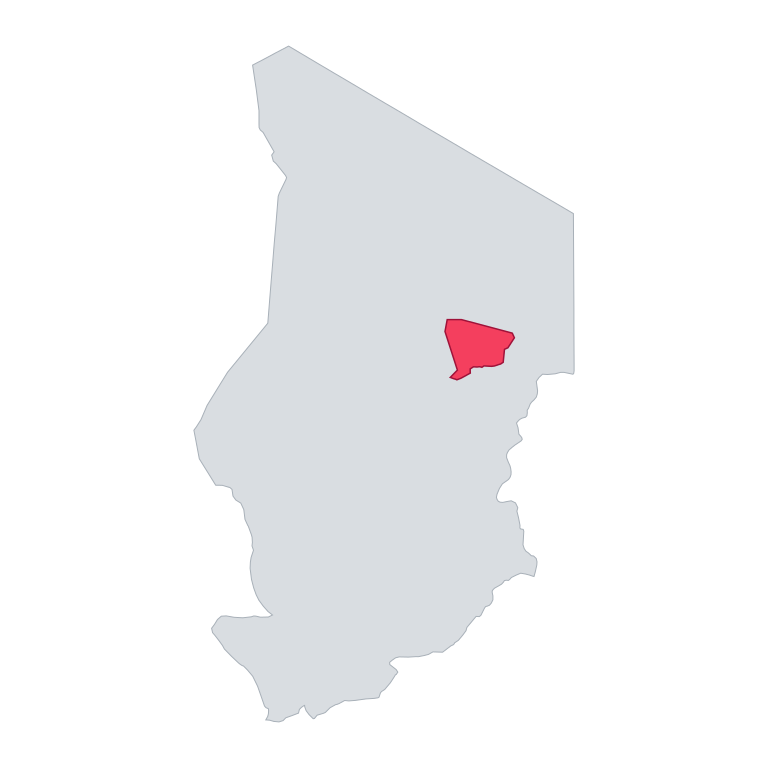 Mourtcha, Ennedi, Chad shown in context
{"feature_id": "50815135B12013942151217", "entity_name": "Mourtcha", "entity_type": "district", "adm_level": 2, "iso_a3": "TCD", "parent_name": "Chad", "parent_adm1": "Ennedi", "projection": "natural_earth1", "projection_center": [21.235, 16.282], "detail": "fine", "context": "in_parent", "style": "filled", "palette": "rose", "viewbox_px": 768, "rotation_deg": 0, "n_neighbors": 0, "source": "geoboundaries", "source_scale": "gbopen_adm2", "svg_char_len": 4240}
<svg xmlns="http://www.w3.org/2000/svg" viewBox="0 0 768 768"><path d="M573.4,213.6L573.5,232.5L573.6,251.4L573.7,270.3L573.8,289.1L573.9,308.0L573.9,326.9L574.0,345.8L574.1,364.7L574.1,370.9L573.7,373.4L573.5,373.8L572.8,374.2L564.2,372.4L560.5,372.4L555.2,373.8L547.5,374.5L542.5,374.2L539.0,377.5L536.3,381.4L537.6,390.8L537.3,393.9L536.3,397.1L534.0,399.9L531.6,402.1L530.2,404.0L528.5,408.3L527.2,410.2L527.3,412.9L526.9,415.7L525.5,417.2L521.9,418.2L519.6,419.5L517.7,421.5L516.5,423.0L517.1,424.9L518.0,427.6L518.6,431.8L518.9,434.2L520.7,436.2L521.8,437.7L522.2,439.4L521.1,440.9L516.7,443.9L515.0,445.0L513.0,446.6L512.2,447.2L509.0,450.0L507.4,452.6L506.6,454.7L506.6,457.7L508.3,462.1L510.0,465.8L510.7,468.6L511.1,471.7L511.0,474.6L510.1,477.2L508.5,479.5L502.4,483.8L499.4,488.5L497.0,494.3L496.4,497.4L497.1,499.5L498.3,501.3L500.2,502.2L502.8,502.4L507.1,501.5L511.2,500.8L515.5,502.9L517.8,507.7L516.9,511.2L518.5,517.6L520.0,525.4L519.9,527.9L520.5,528.9L523.2,529.4L523.8,531.2L523.0,544.8L524.2,548.6L526.0,551.3L528.1,552.7L530.1,554.5L531.2,555.7L533.6,556.0L536.2,558.5L537.0,561.8L536.8,565.0L535.3,571.8L534.0,576.5L532.5,576.1L529.3,575.0L525.4,574.0L520.7,573.2L516.2,575.1L511.4,577.5L509.8,579.3L508.5,580.4L506.3,580.2L504.4,580.6L503.3,582.3L501.5,584.2L494.5,588.2L493.1,589.6L492.2,591.0L492.2,592.6L492.9,595.8L492.9,599.8L491.3,603.1L489.5,605.2L487.4,606.1L485.7,606.5L484.6,607.9L480.9,615.3L479.3,616.6L476.1,616.4L466.9,627.4L466.0,630.7L462.6,635.3L458.3,640.4L454.5,642.9L454.2,643.8L453.2,644.8L450.8,645.9L442.6,652.2L432.9,651.9L428.5,654.4L424.3,655.5L418.2,656.7L416.3,656.6L408.4,657.1L399.2,656.9L395.6,657.8L392.3,660.1L389.8,662.2L389.5,662.9L389.8,663.8L389.7,664.5L396.2,669.6L397.8,672.1L396.2,674.5L395.4,674.8L395.3,675.0L394.2,676.9L390.4,682.7L384.7,689.5L381.7,691.4L380.5,692.7L379.0,697.2L378.0,697.8L374.0,698.4L366.1,698.9L355.3,700.4L348.8,700.9L344.7,700.5L339.0,703.6L337.0,704.4L335.7,704.6L330.1,707.7L325.4,712.4L323.7,713.2L317.1,715.2L314.4,718.5L313.2,718.7L309.0,714.5L306.1,710.6L304.7,706.7L304.6,705.4L303.8,705.7L301.4,707.4L299.4,709.4L298.5,713.1L291.7,715.7L285.8,717.8L283.1,720.6L279.0,721.9L273.8,721.4L269.7,720.2L265.8,719.9L267.7,716.5L268.4,713.9L268.6,710.8L268.4,708.7L266.0,707.7L264.5,706.0L261.1,696.2L257.6,686.2L252.7,676.2L247.4,669.9L243.5,666.0L242.2,665.6L240.2,664.3L238.8,663.2L231.7,656.5L224.4,649.0L222.5,645.5L218.8,640.4L214.7,635.1L212.6,632.7L211.6,628.3L214.5,624.4L217.5,619.5L221.3,616.2L226.2,615.9L234.2,617.3L242.8,617.8L251.4,616.8L253.6,616.0L255.8,616.1L260.4,617.2L268.4,617.0L272.5,615.0L268.1,611.6L263.3,606.2L258.9,600.2L256.2,594.8L253.7,587.9L251.5,579.4L250.1,568.3L250.4,562.0L251.1,557.5L253.5,550.2L252.0,545.9L252.4,542.5L252.1,537.3L251.4,534.7L248.3,526.2L247.7,525.3L245.0,519.4L243.8,509.6L240.8,503.1L235.8,500.0L233.0,496.1L232.0,489.4L230.0,487.6L222.2,485.3L215.7,485.2L211.0,477.6L204.9,467.8L199.3,458.8L195.9,440.6L193.9,430.2L196.3,427.0L201.0,419.6L207.1,405.4L220.6,383.5L227.6,372.2L241.4,355.4L258.3,334.8L267.8,323.2L269.5,302.0L271.3,279.6L272.7,262.7L274.3,242.6L275.8,225.8L276.8,213.6L278.2,196.3L279.4,193.0L286.0,179.4L286.6,177.5L285.4,175.3L276.2,163.7L273.3,161.1L271.7,155.1L274.1,151.8L263.1,132.4L260.3,130.0L259.1,127.6L259.0,124.1L259.0,110.7L256.3,89.7L252.6,65.1L265.8,58.2L275.8,52.8L288.6,46.1L300.2,53.0L317.2,63.1L334.1,73.1L351.1,83.1L368.1,93.2L385.1,103.2L402.2,113.2L419.2,123.3L436.3,133.3L453.4,143.3L470.5,153.4L487.6,163.4L504.7,173.4L521.9,183.5L539.0,193.5L556.2,203.5L573.4,213.6Z" fill="#d9dde1" stroke="#a8b0b8" stroke-width="1"/><path d="M450.3,377.4L450.6,377.5L452.0,378.1L453.7,378.7L454.7,379.0L455.3,379.1L456.9,379.8L460.5,378.4L461.0,378.2L464.5,376.3L466.0,375.5L467.0,374.9L470.3,373.1L470.2,371.1L470.2,369.1L470.2,368.9L473.0,367.1L473.5,366.8L477.1,367.0L479.4,366.7L481.4,367.1L481.9,367.3L482.8,366.7L484.0,365.9L487.1,366.1L491.3,366.3L491.7,366.3L494.3,366.0L497.5,365.0L497.9,364.8L500.3,364.1L500.7,364.0L501.9,363.1L502.0,363.1L503.2,362.3L504.5,349.3L507.9,347.8L514.4,337.8L512.4,333.4L512.2,333.1L461.4,319.6L447.2,319.6L445.0,331.5L451.1,350.5L457.4,370.1L453.4,374.2L450.3,377.4Z" fill="#f43f5e" stroke="#9f1239" stroke-width="1.5"/></svg>